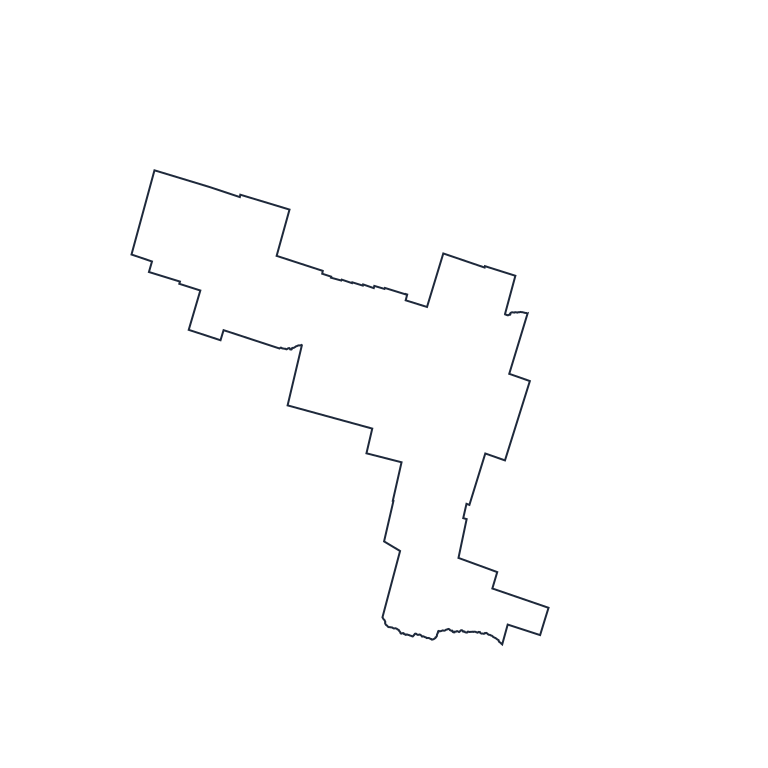 Tapalqué, Buenos Aires, Argentina (Robinson projection), rotated 243°
{"feature_id": "61730980B32563213852789", "entity_name": "Tapalqué", "entity_type": "district", "adm_level": 2, "iso_a3": "ARG", "parent_name": "Argentina", "parent_adm1": "Buenos Aires", "projection": "robinson", "projection_center": [-60.563, -36.37], "detail": "fine", "context": "isolated", "style": "outline", "palette": "slate", "viewbox_px": 768, "rotation_deg": 243, "n_neighbors": 0, "source": "geoboundaries", "source_scale": "gbopen_adm2", "svg_char_len": 5934}
<svg xmlns="http://www.w3.org/2000/svg" viewBox="0 0 768 768"><g transform="rotate(243 384 384)"><path d="M614.0,217.8L598.5,232.9L590.5,225.4L567.9,248.7L566.2,247.1L550.7,262.8L520.9,234.6L497.2,258.2L504.8,265.5L463.1,307.0L463.2,307.3L463.2,307.5L463.2,308.1L463.3,308.4L463.2,308.7L462.6,309.2L462.3,309.2L461.9,309.5L461.1,310.7L460.4,311.6L460.3,311.9L460.1,312.2L459.6,312.4L459.3,312.7L459.1,313.0L459.2,313.7L459.2,314.2L459.3,314.6L459.3,314.9L459.2,315.1L459.1,315.7L458.9,316.0L458.3,315.9L457.8,316.1L457.6,316.2L457.3,316.2L456.8,317.1L456.8,317.5L457.1,317.7L457.5,317.9L457.7,318.4L457.6,319.2L457.3,319.6L457.2,319.9L457.2,320.3L457.3,321.4L457.3,321.8L457.4,322.2L457.5,322.6L457.5,323.0L457.4,323.2L457.3,323.6L457.3,324.0L457.3,324.7L457.3,325.0L457.1,325.6L456.9,325.8L456.6,326.6L456.3,327.5L456.2,328.0L456.2,328.3L455.8,328.4L408.7,288.4L349.6,353.3L330.2,336.9L306.3,364.1L275.9,338.8L275.5,339.3L243.7,312.6L227.9,322.5L176.8,276.7L176.2,276.7L175.8,276.8L174.7,276.8L173.5,277.2L173.2,277.3L172.8,277.2L172.0,277.2L171.6,277.2L171.2,277.0L170.9,276.8L170.7,276.5L170.3,276.4L169.9,276.3L168.8,276.4L168.5,276.4L168.1,276.6L167.7,276.9L166.2,277.3L165.8,277.4L165.5,277.6L165.2,277.9L165.0,278.3L164.8,278.7L164.6,279.0L163.9,279.8L163.6,280.5L163.3,280.7L163.1,280.9L162.3,281.3L161.8,281.7L161.6,282.0L161.3,283.0L161.1,283.4L160.2,284.2L159.9,284.4L159.1,284.6L158.9,284.9L158.3,285.4L158.0,285.5L157.0,285.4L156.7,285.5L156.4,285.7L155.5,285.8L155.2,285.8L154.9,285.6L154.7,285.6L154.5,285.8L154.2,285.8L153.8,285.9L153.7,286.1L153.7,286.5L153.6,286.9L153.5,287.4L153.5,287.7L153.3,287.9L153.3,288.0L153.2,288.2L152.9,288.1L152.6,288.1L152.4,288.3L152.2,288.3L151.7,288.9L151.5,289.1L151.2,289.1L151.1,289.3L150.8,289.4L150.5,289.6L150.5,290.0L150.6,290.4L150.5,290.6L150.4,290.6L150.0,291.2L149.5,291.6L149.3,291.8L149.2,292.1L149.0,292.3L148.4,292.7L148.1,293.0L147.9,293.1L147.6,293.6L147.2,293.9L147.0,294.1L146.3,294.6L146.1,294.8L146.0,295.1L146.3,295.9L146.5,296.1L146.6,296.7L146.7,297.0L146.9,297.1L147.1,297.8L147.3,297.9L147.4,298.2L147.4,298.4L147.1,299.0L146.8,299.3L146.1,299.5L145.6,299.9L145.3,300.0L145.0,300.8L144.7,301.1L144.7,301.3L144.7,301.6L144.6,302.1L144.2,302.4L143.3,302.9L142.7,303.1L142.0,303.1L141.7,303.2L141.6,303.3L141.5,304.2L141.3,304.5L140.9,304.8L140.6,305.1L140.3,305.2L139.9,305.5L139.4,306.2L139.1,306.4L138.3,306.6L138.1,306.9L138.0,307.1L138.0,307.4L137.8,307.9L137.2,308.8L136.9,308.9L136.7,309.0L136.3,309.4L135.6,309.9L135.4,310.0L135.3,310.3L134.9,310.4L134.7,310.5L134.4,310.7L134.4,310.9L134.4,311.3L134.1,312.1L134.1,312.6L134.2,312.8L134.2,313.6L134.3,313.9L134.3,314.4L134.5,314.8L134.8,314.9L134.8,315.4L134.8,315.6L135.2,316.0L135.3,316.5L136.3,317.3L136.8,317.5L137.1,318.0L137.5,318.7L137.8,318.8L138.0,319.0L138.2,319.3L138.3,319.5L138.6,319.6L138.8,319.7L139.1,320.0L139.2,320.3L139.2,320.6L139.1,320.8L138.6,321.1L138.4,321.2L138.3,321.5L138.2,321.7L138.2,321.9L138.0,322.4L137.9,323.3L137.9,323.6L137.8,323.8L137.8,324.4L137.7,324.6L137.0,325.4L136.8,325.9L136.7,326.5L136.9,327.9L136.6,328.9L136.6,329.8L136.4,330.4L136.2,330.6L135.5,330.9L135.4,331.0L134.8,331.0L134.1,331.6L133.8,331.8L133.5,332.0L133.5,332.3L133.3,332.8L132.7,333.0L132.5,332.9L132.2,332.8L132.0,332.7L131.7,332.8L131.2,333.2L130.8,333.9L131.1,334.1L131.2,334.4L131.2,334.6L131.2,334.8L131.0,335.1L130.7,335.6L130.6,336.0L130.7,336.8L130.6,337.0L129.6,337.8L129.3,338.0L129.1,338.1L128.9,338.3L128.9,338.6L129.0,338.9L129.3,339.7L129.4,340.1L129.6,340.5L129.5,341.0L129.3,341.5L129.0,341.8L128.7,341.9L128.3,342.1L127.9,341.9L127.4,342.1L127.2,342.4L127.1,342.9L127.1,343.1L126.9,343.4L126.6,343.4L126.3,343.5L126.1,343.5L125.6,344.0L125.3,344.3L124.9,345.0L124.8,345.5L125.1,345.8L125.3,346.0L125.3,346.4L124.8,347.0L124.2,347.6L124.1,347.8L124.0,348.3L123.8,348.6L123.7,348.9L123.3,349.8L123.2,350.1L123.0,350.6L122.6,350.9L122.5,351.3L122.5,351.7L122.3,352.0L122.1,352.3L121.9,352.7L121.4,353.3L120.9,353.5L120.7,353.8L120.0,354.4L119.9,354.6L120.0,355.0L120.1,355.4L120.2,355.6L120.0,356.0L119.6,356.4L119.5,356.8L119.1,356.8L118.4,356.8L118.2,356.9L117.8,357.2L117.3,357.6L116.9,358.6L116.6,359.0L116.3,359.2L116.0,360.0L116.3,360.6L116.3,360.9L115.9,361.2L115.8,361.5L115.9,361.8L115.8,362.1L115.7,362.3L114.8,362.7L114.1,363.0L113.8,363.0L113.0,363.5L112.3,364.6L111.5,365.0L111.0,365.6L110.8,365.8L109.8,366.3L109.4,366.3L109.0,366.5L107.2,367.8L107.1,368.0L106.7,368.2L106.0,368.5L105.4,368.8L104.6,369.2L103.8,369.8L103.5,369.8L103.2,369.7L102.8,369.5L102.3,369.6L101.8,369.6L101.5,369.8L100.8,370.2L100.4,370.4L99.8,370.5L99.0,370.8L98.3,371.1L113.5,385.0L89.4,409.1L101.6,420.9L109.9,429.0L152.6,387.7L165.0,399.5L195.2,371.4L226.1,396.3L228.5,393.7L239.8,403.1L237.5,405.2L276.1,442.7L261.0,457.1L320.4,515.3L336.2,500.2L381.5,543.8L381.5,543.7L382.2,543.4L382.4,543.3L382.6,543.1L382.9,542.7L383.4,541.8L384.0,541.3L384.4,540.7L385.0,540.2L385.2,539.8L385.4,539.4L385.6,539.1L385.9,538.8L386.1,538.5L386.3,538.2L386.3,537.9L386.4,537.6L386.4,537.3L386.6,537.0L386.9,536.4L387.0,535.4L387.1,535.2L387.3,535.1L387.5,535.0L387.6,534.6L387.8,534.3L388.1,533.9L388.3,533.7L388.5,533.3L388.5,533.0L388.4,532.7L388.6,532.4L388.9,531.9L389.4,531.2L389.8,530.6L389.8,529.8L389.9,529.5L389.9,529.3L389.8,528.9L389.6,528.6L389.3,528.0L389.0,527.9L388.8,528.2L388.6,528.1L388.5,527.7L388.7,527.4L388.7,527.2L388.9,526.7L388.9,526.2L388.9,525.7L389.2,525.6L389.4,525.1L389.6,524.8L390.5,524.1L390.6,523.9L390.8,523.7L391.0,523.5L391.3,523.5L420.8,550.2L443.2,527.4L442.1,526.5L473.4,496.1L433.1,457.3L448.7,441.3L453.2,445.3L454.3,444.2L454.0,444.0L469.2,428.4L468.5,427.6L475.8,419.9L474.1,418.4L482.2,410.6L481.3,409.8L489.0,401.9L488.4,401.3L496.2,393.7L495.6,392.9L500.0,388.1L502.8,385.0L503.6,385.7L510.3,379.0L512.6,380.8L546.9,346.5L582.3,379.0L617.9,341.9L616.0,340.4L638.6,318.1L678.6,276.5L614.0,217.8Z" fill="none" stroke="#1e293b" stroke-width="2"/></g></svg>